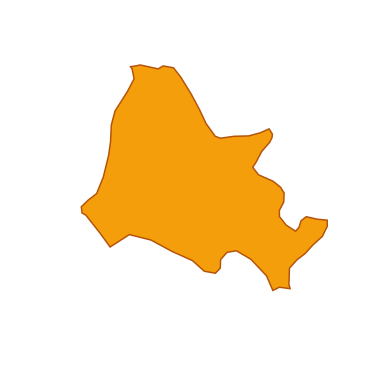 the border of Saraj, rotated 142°
{"feature_id": "MKD-2908", "entity_name": "Saraj", "entity_type": "Municipality", "adm_level": 1, "iso_a3": "MKD", "parent_name": "North Macedonia", "parent_adm1": "", "projection": "orthographic", "projection_center": [21.223, 41.991], "detail": "fine", "context": "isolated", "style": "filled", "palette": "amber", "viewbox_px": 384, "rotation_deg": 142, "n_neighbors": 0, "source": "natural_earth", "source_scale": "10m", "svg_char_len": 1062}
<svg xmlns="http://www.w3.org/2000/svg" viewBox="0 0 384 384"><g transform="rotate(142 192 192)"><path d="M174.2,55.4L181.8,63.2L188.9,64.6L184.9,80.1L187.0,102.6L193.2,118.3L201.5,122.9L211.1,121.1L216.6,114.6L223.6,113.6L231.1,122.0L233.9,137.7L244.2,157.2L253.9,179.4L267.6,197.0L290.4,199.1L289.8,216.8L289.9,239.2L291.6,243.0L288.4,248.5L278.9,249.5L268.1,249.5L252.8,258.3L235.4,272.0L225.3,281.7L214.4,294.4L202.8,303.2L180.9,311.0L167.9,316.9L163.5,325.7L163.3,328.6L159.2,326.3L154.5,323.9L142.9,309.9L137.1,309.1L130.1,301.3L130.1,289.6L132.4,269.3L135.4,252.1L138.8,237.2L139.4,221.6L136.5,216.9L124.4,209.9L112.8,201.3L101.7,196.6L92.4,194.3L92.5,193.1L93.0,188.1L95.3,185.7L100.0,183.4L112.2,181.0L122.6,176.3L129.0,174.0L129.0,164.6L121.5,150.6L119.3,141.2L120.1,134.4L125.9,127.6L134.5,123.7L138.2,118.8L138.2,108.0L134.5,97.3L129.5,98.3L123.7,102.2L117.2,102.2L110.0,93.4L102.8,86.6L106.4,81.7L116.5,76.8L129.5,75.8L140.4,73.9L151.2,73.9L162.1,72.0L172.6,59.4L174.1,55.5L174.2,55.4Z" fill="#f59e0b" stroke="#b45309" stroke-width="1.5"/></g></svg>